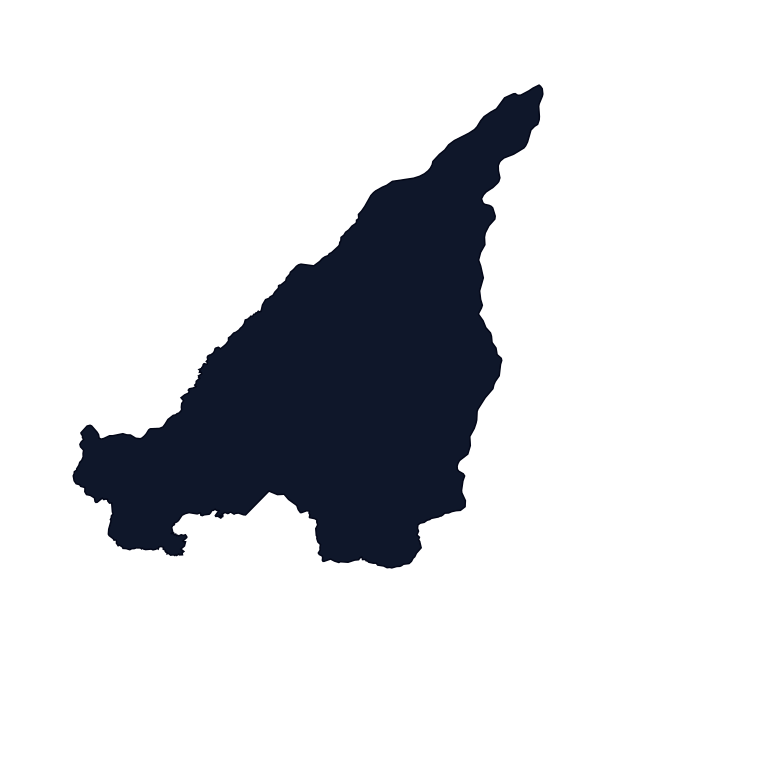 Fredonia, Antioquia, Colombia (Equal Earth projection), rotated 231°
{"feature_id": "7082276B62659196933194", "entity_name": "Fredonia", "entity_type": "district", "adm_level": 2, "iso_a3": "COL", "parent_name": "Colombia", "parent_adm1": "Antioquia", "projection": "equal_earth", "projection_center": [-75.678, 5.875], "detail": "fine", "context": "isolated", "style": "filled", "palette": "ink", "viewbox_px": 768, "rotation_deg": 231, "n_neighbors": 0, "source": "geoboundaries", "source_scale": "gbopen_adm2", "svg_char_len": 6113}
<svg xmlns="http://www.w3.org/2000/svg" viewBox="0 0 768 768"><g transform="rotate(231 384 384)"><path d="M538.2,126.8L536.8,117.8L536.0,117.3L533.4,117.1L532.1,115.9L530.0,115.8L529.5,112.1L528.5,109.7L526.1,108.6L521.6,108.9L519.4,106.4L516.7,104.4L514.9,101.0L514.6,98.3L512.8,95.6L511.5,91.8L510.5,91.1L510.7,88.1L509.3,86.8L508.2,84.7L503.8,82.3L500.2,82.0L497.3,84.1L495.3,83.9L492.0,86.3L490.9,85.8L488.6,83.7L485.3,83.2L482.3,85.7L477.7,87.3L474.5,85.5L473.3,85.6L472.6,86.7L472.6,93.2L470.5,93.5L469.8,95.2L468.4,96.5L466.8,95.7L464.2,95.7L462.9,97.5L455.5,92.4L453.5,91.7L453.1,89.2L451.7,87.9L450.8,86.0L449.5,85.9L444.4,78.7L440.8,75.3L439.2,75.0L434.2,76.2L432.5,75.9L431.9,77.2L431.2,77.4L429.8,77.0L428.8,75.9L425.6,75.6L425.5,76.9L422.2,78.1L420.5,77.7L418.3,80.1L415.3,82.1L414.9,83.1L415.0,84.0L413.2,86.4L412.6,88.3L409.8,91.6L408.4,91.8L408.4,92.9L407.0,93.3L405.3,94.6L402.2,99.2L400.5,100.1L399.2,102.7L399.0,104.2L397.8,104.6L399.0,106.6L398.0,108.5L395.8,109.9L394.7,108.5L392.4,109.4L391.7,108.7L390.5,108.7L389.4,109.5L388.6,108.5L387.7,110.1L385.3,110.4L383.8,112.8L382.3,113.5L382.4,114.9L381.2,115.0L381.1,117.6L380.0,117.4L378.1,119.9L379.8,120.9L379.8,123.1L383.6,122.2L383.7,127.0L386.3,130.5L387.6,128.9L388.5,128.7L388.8,134.1L389.4,134.6L391.8,134.8L392.6,132.8L394.5,131.5L395.1,128.8L396.4,128.4L396.7,127.3L398.4,127.7L398.7,126.1L400.7,126.8L401.2,124.9L401.6,124.6L402.2,126.8L406.1,128.7L407.0,130.6L406.6,132.3L406.9,132.9L407.7,132.7L407.8,134.0L407.2,136.2L407.2,138.2L409.1,144.5L408.3,148.1L406.7,151.6L400.6,157.1L399.6,159.9L398.8,160.0L397.4,159.1L396.1,159.9L395.4,162.1L392.8,166.2L393.0,168.1L394.0,170.6L393.2,171.9L393.0,174.0L391.2,174.3L389.5,176.0L387.9,170.1L387.0,169.9L385.7,171.7L382.5,172.8L382.7,173.9L385.1,173.7L384.5,174.5L382.5,175.2L382.8,175.8L384.8,176.4L384.4,177.1L384.4,179.5L381.7,181.0L381.3,181.9L381.3,183.5L380.6,184.4L377.2,185.6L377.0,187.0L375.3,189.7L370.8,192.5L369.4,194.0L373.2,227.2L365.1,231.6L361.2,237.0L354.3,237.2L344.5,239.8L340.3,238.3L336.7,238.1L335.9,239.1L334.2,244.1L332.4,245.8L331.7,245.7L331.0,244.5L329.0,244.1L327.5,242.2L327.0,242.1L323.0,245.4L320.6,246.3L318.9,244.8L316.2,243.8L314.6,240.0L308.8,236.0L307.7,236.0L306.1,234.5L302.7,233.2L299.2,233.6L297.4,231.5L295.1,229.8L294.0,226.6L292.2,226.4L289.4,227.7L287.7,227.1L285.9,225.2L284.6,225.0L283.9,225.9L281.6,232.3L277.5,234.1L273.7,236.6L273.4,238.2L268.1,243.9L265.6,250.4L263.4,253.7L264.0,255.6L263.7,257.6L263.2,257.9L261.1,256.8L259.2,259.3L258.0,258.8L256.7,259.8L255.1,260.0L251.6,262.8L249.6,265.2L247.3,265.1L242.8,269.2L239.3,270.8L237.8,273.1L236.2,274.3L234.2,279.0L232.3,281.6L231.8,283.3L231.7,285.7L228.7,290.5L228.9,293.7L230.3,297.0L230.4,299.2L232.1,302.7L233.3,309.8L239.3,312.7L241.3,312.8L242.6,315.1L246.0,314.6L247.9,318.2L250.7,319.2L253.1,321.6L253.1,324.5L251.2,328.2L251.0,331.7L249.9,334.2L249.8,336.2L246.3,342.9L246.3,344.5L245.5,345.0L245.2,347.1L245.4,349.9L243.1,353.1L242.2,356.3L240.2,360.3L237.7,363.9L237.6,369.8L242.2,373.9L250.5,376.0L252.5,377.3L259.0,384.3L261.8,388.8L264.3,389.1L269.2,387.2L271.5,387.3L274.1,389.1L275.6,391.2L276.8,393.9L277.0,395.4L276.8,405.0L281.8,412.3L289.2,417.6L292.7,426.2L295.7,430.9L297.7,433.4L304.1,439.1L305.4,441.3L309.7,454.1L311.8,465.7L314.4,469.0L316.0,472.2L317.9,478.7L325.9,486.9L328.2,490.3L330.2,491.3L335.7,490.4L341.5,493.7L348.3,494.1L353.5,497.6L356.7,498.9L363.7,498.6L370.8,500.8L378.5,501.3L379.4,502.1L381.7,507.5L383.3,510.0L388.9,512.3L396.2,516.9L404.0,528.0L414.9,533.4L420.8,535.5L425.5,541.9L428.7,550.0L434.9,554.5L437.7,557.8L441.0,565.2L442.4,573.9L444.5,576.1L452.4,579.3L454.6,579.1L456.7,578.1L460.4,575.2L462.6,574.9L466.6,576.3L468.4,580.4L469.0,584.3L468.2,592.5L468.7,598.6L469.2,600.7L471.3,603.8L477.7,607.1L481.8,610.2L483.6,613.3L484.1,615.0L484.2,619.4L481.0,629.5L479.4,641.3L480.0,644.0L481.8,647.9L488.9,658.0L489.5,663.1L489.1,666.8L491.7,670.9L494.1,673.1L502.4,678.9L504.1,680.9L508.0,688.1L509.4,689.9L513.9,692.8L516.8,693.0L518.7,692.6L520.2,686.0L520.6,681.3L522.4,672.1L524.2,669.6L527.1,668.7L528.1,667.1L530.5,657.8L527.0,644.5L528.1,638.3L528.8,630.1L527.7,624.8L525.3,618.1L524.8,614.3L525.5,607.7L528.9,591.9L529.2,584.9L527.6,578.5L527.6,571.7L526.2,562.1L524.1,559.5L522.5,555.8L521.9,552.6L521.9,547.8L523.0,542.4L525.3,536.5L536.2,518.0L536.7,511.1L538.0,506.6L539.3,499.1L539.3,496.3L538.7,492.4L534.1,480.8L532.5,475.3L531.9,470.9L528.5,468.5L528.6,465.7L527.5,464.9L526.5,463.3L526.9,458.5L525.9,453.6L526.1,449.7L524.9,446.4L525.0,442.9L522.5,440.7L521.9,438.8L520.1,436.8L519.7,435.3L519.1,425.8L519.7,423.6L518.9,421.4L520.0,418.2L520.3,415.1L519.7,411.2L520.0,403.8L529.4,394.9L530.4,392.6L530.6,390.0L529.9,385.8L529.8,381.7L528.6,379.9L527.8,374.9L525.9,372.5L525.9,365.9L526.6,365.0L526.7,363.9L524.9,362.3L524.1,356.9L522.8,353.6L523.4,350.3L522.9,348.6L524.1,345.1L521.9,339.3L518.1,334.5L518.3,332.5L519.7,332.1L519.3,330.4L519.9,328.9L519.3,327.7L520.1,326.7L519.3,324.5L520.6,322.9L520.0,321.4L520.3,320.3L520.1,318.9L521.1,316.5L518.9,313.5L517.8,310.2L517.7,307.5L517.2,305.2L517.4,301.6L518.2,299.2L517.5,295.0L517.7,292.2L515.3,290.2L514.3,286.0L514.2,279.2L516.8,278.4L517.8,275.8L517.8,275.0L516.2,272.8L515.5,270.7L515.7,267.6L516.3,266.7L516.6,264.6L516.0,263.5L513.6,262.2L513.4,260.1L511.8,260.3L510.8,259.0L511.1,258.3L512.7,257.4L513.1,256.5L512.7,255.4L511.6,254.3L511.5,252.8L510.9,252.1L511.7,249.3L510.3,249.6L509.2,247.9L508.1,249.3L506.5,248.6L507.1,244.9L506.2,244.8L505.8,244.1L504.5,244.4L504.3,239.8L502.5,238.2L502.3,236.2L500.2,236.3L501.0,233.1L502.8,229.7L502.4,228.0L500.7,227.9L500.0,226.3L501.0,222.3L501.1,217.6L497.0,217.7L496.2,214.6L493.5,211.9L491.5,210.7L490.8,209.1L490.5,206.2L491.2,204.5L491.1,202.7L492.3,200.4L492.4,193.8L490.5,188.4L489.7,185.1L490.8,181.5L496.3,174.1L496.4,172.2L494.9,168.0L494.4,165.2L494.3,162.0L494.8,160.2L498.1,156.9L503.9,154.9L506.3,152.1L509.7,149.8L514.4,140.8L516.5,138.1L518.0,132.0L519.2,129.4L521.3,128.6L524.3,130.3L527.2,130.7L535.4,130.4L536.9,129.6L538.2,126.8Z" fill="#0f172a" stroke="#020617" stroke-width="1.5"/></g></svg>